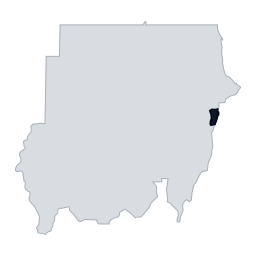 Reifi Telkok, Kassala, Sudan (highlighted)
{"feature_id": "16777658B60092664698782", "entity_name": "Reifi Telkok", "entity_type": "district", "adm_level": 2, "iso_a3": "SDN", "parent_name": "Sudan", "parent_adm1": "Kassala", "projection": "natural_earth1", "projection_center": [36.762, 16.137], "detail": "fine", "context": "in_parent", "style": "filled", "palette": "ink", "viewbox_px": 256, "rotation_deg": 0, "n_neighbors": 0, "source": "geoboundaries", "source_scale": "gbopen_adm2", "svg_char_len": 4538}
<svg xmlns="http://www.w3.org/2000/svg" viewBox="0 0 256 256"><path d="M179.8,221.9L177.3,221.8L177.0,221.2L177.1,219.3L177.4,217.8L178.3,215.6L178.1,214.3L178.2,212.6L177.6,210.6L171.5,204.8L170.4,203.2L167.1,201.7L167.7,200.1L166.4,188.2L167.1,186.9L167.2,184.8L167.2,183.0L168.0,179.9L168.1,178.6L161.7,178.5L161.6,179.9L161.9,181.3L161.9,181.9L153.0,181.9L156.5,186.6L156.7,188.6L156.5,191.2L156.5,192.8L156.7,193.9L157.6,195.9L157.6,196.3L157.4,196.8L151.0,203.0L149.9,205.9L149.1,207.4L147.2,209.9L141.4,216.6L140.4,217.0L136.0,217.2L135.6,217.4L135.2,217.7L131.3,213.7L125.0,209.1L120.8,211.5L119.6,212.4L119.6,214.6L118.9,215.8L117.8,217.0L114.7,217.8L113.0,218.5L111.1,219.8L109.2,221.9L109.1,223.0L109.3,224.0L98.5,223.9L97.8,223.1L96.3,219.7L95.2,219.9L85.4,219.5L84.0,219.8L81.2,221.3L79.8,221.5L78.4,220.8L73.3,213.9L72.2,213.1L71.0,211.5L69.9,210.8L69.6,210.2L69.5,209.5L69.5,208.0L69.2,207.0L68.3,206.8L61.4,208.4L60.4,208.2L59.0,208.5L58.5,208.8L57.9,209.7L57.8,211.6L57.6,212.5L57.0,213.6L55.1,215.9L54.6,216.9L54.7,219.5L54.5,220.8L54.2,221.4L53.4,222.4L53.0,223.0L52.7,226.3L51.6,228.3L51.3,229.0L51.2,230.4L51.1,230.9L47.9,232.0L46.8,232.7L46.0,233.8L45.9,234.3L44.5,233.9L42.8,233.6L39.5,233.3L38.3,232.8L37.6,232.0L37.9,230.0L37.5,229.5L37.0,229.2L36.7,228.3L36.8,227.3L38.5,225.0L38.9,223.7L39.4,218.0L39.3,216.2L37.9,212.9L34.9,207.3L34.1,206.2L30.2,201.6L29.8,200.9L28.9,199.0L30.0,194.7L30.1,193.5L29.8,192.3L28.8,191.4L27.9,191.3L26.8,190.2L26.0,189.6L25.4,188.6L24.9,187.2L25.3,182.2L25.1,181.5L24.1,181.3L23.9,181.0L23.9,180.0L23.4,177.1L22.9,174.8L23.2,173.5L22.4,171.7L20.8,170.9L17.7,171.5L16.7,171.4L16.0,171.1L15.6,170.4L15.4,169.6L15.6,168.5L16.5,166.3L17.7,164.6L19.9,163.0L20.5,162.1L20.9,161.2L21.0,160.1L20.8,158.9L20.6,157.9L20.0,156.5L19.4,154.9L19.4,153.8L19.7,153.0L20.3,152.1L22.6,150.2L24.9,148.7L25.3,148.1L25.1,147.5L24.1,146.2L23.8,143.7L23.3,142.0L24.4,140.7L25.3,140.2L26.7,139.8L27.2,139.3L27.4,138.3L27.3,137.3L27.8,136.5L28.5,135.0L29.0,134.3L30.8,132.4L31.2,131.2L31.3,130.1L30.9,126.6L32.0,125.1L33.3,123.9L35.1,124.0L38.0,123.7L40.0,123.2L41.4,123.2L44.5,123.9L44.9,123.6L45.0,122.7L46.2,56.4L59.3,56.4L59.5,56.3L60.1,24.9L142.6,24.9L143.2,24.8L144.6,21.9L145.1,21.7L146.0,21.8L146.2,22.5L145.5,24.9L217.5,24.9L217.6,28.5L218.2,31.4L220.2,35.5L222.0,37.7L222.6,38.9L222.7,39.5L222.6,40.0L222.0,39.4L221.2,39.0L221.0,40.9L221.5,44.8L222.2,47.6L221.7,50.1L221.7,54.4L222.7,59.6L222.5,62.9L224.0,70.6L225.5,74.9L226.3,76.0L227.2,76.5L228.9,76.9L231.5,79.1L233.5,81.4L234.2,82.6L235.2,83.9L235.9,83.6L236.3,83.3L236.9,84.4L240.2,86.7L240.6,87.7L239.5,88.8L238.2,90.6L237.5,92.2L237.2,92.8L236.1,93.8L235.9,94.3L235.4,94.7L234.9,94.7L233.8,95.3L232.9,95.1L231.9,95.4L231.5,95.8L230.7,96.1L229.6,96.3L228.0,97.7L226.5,98.4L226.0,99.0L225.2,101.8L224.7,102.6L222.5,102.6L221.5,102.9L220.0,102.6L219.3,102.6L219.1,103.2L218.9,105.6L218.9,106.7L217.7,109.4L218.0,114.6L216.9,118.5L216.7,119.3L215.5,122.4L214.9,123.5L213.4,129.3L212.8,131.0L211.5,132.9L212.8,146.6L211.7,150.8L211.8,153.1L211.0,156.5L210.4,158.1L209.5,160.0L208.6,162.1L207.9,164.9L207.5,170.2L207.2,170.6L203.4,171.3L202.2,171.7L201.3,172.3L200.3,173.6L198.4,177.3L197.3,179.6L195.7,182.7L193.8,184.9L193.4,186.0L193.1,188.0L192.4,191.1L191.8,193.4L191.9,195.2L191.3,198.3L191.4,199.8L190.7,200.7L189.8,201.5L189.2,201.7L186.5,199.6L184.6,201.1L183.5,203.1L182.5,205.1L183.0,209.5L183.0,210.4L182.7,211.5L180.9,215.7L180.4,217.6L179.8,221.0L179.8,221.9Z" fill="#d9dde1" stroke="#a8b0b8" stroke-width="1"/><path d="M210.8,125.2L211.0,125.2L211.4,125.2L212.4,125.0L213.1,124.8L213.7,124.7L214.7,124.5L215.0,124.5L215.0,124.4L215.3,123.4L215.3,123.2L215.6,122.7L215.8,122.3L215.9,122.1L216.1,121.9L216.3,121.0L216.8,119.6L216.9,119.1L217.0,118.7L217.2,118.1L217.2,117.9L217.3,117.7L217.8,115.8L217.8,115.7L218.0,115.5L218.2,115.2L218.3,115.1L218.5,114.9L218.7,114.7L218.5,114.4L218.4,114.2L218.4,113.9L218.3,113.6L218.5,113.5L218.5,113.4L218.6,113.2L218.7,112.8L218.7,112.7L218.7,112.4L218.4,112.2L218.2,112.0L218.2,111.8L218.1,111.7L217.9,111.7L217.9,111.4L217.8,111.1L217.7,110.9L217.7,110.6L217.7,110.4L217.8,110.0L217.8,109.9L217.9,109.6L217.9,109.3L217.9,109.2L217.8,108.9L215.8,109.4L214.7,109.4L214.1,109.4L211.9,109.3L211.0,109.8L209.7,110.6L209.8,110.9L210.9,114.1L211.0,114.2L211.2,116.1L211.3,118.3L211.4,118.8L211.5,119.6L210.6,120.1L210.9,121.0L210.4,121.3L210.6,122.3L210.3,122.7L210.4,122.9L210.3,123.2L210.1,123.7L210.5,124.7L210.7,125.2L210.8,125.2Z" fill="#0f172a" stroke="#020617" stroke-width="1.5"/></svg>